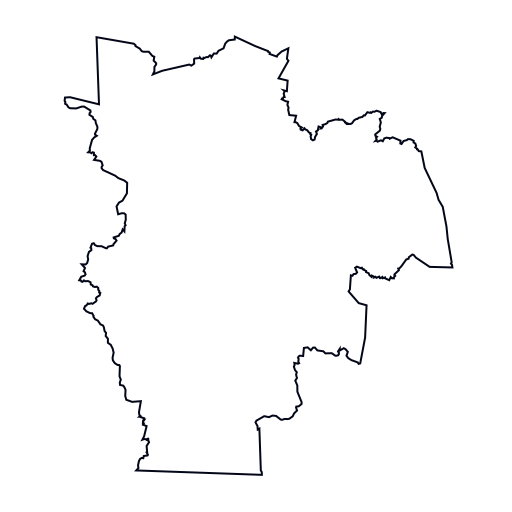 Sain Alto, Zacatecas, Mexico (Natural Earth projection), rotated 92°
{"feature_id": "50627088B33954526320841", "entity_name": "Sain Alto", "entity_type": "district", "adm_level": 2, "iso_a3": "MEX", "parent_name": "Mexico", "parent_adm1": "Zacatecas", "projection": "natural_earth1", "projection_center": [-103.264, 23.581], "detail": "fine", "context": "isolated", "style": "outline", "palette": "ink", "viewbox_px": 512, "rotation_deg": 92, "n_neighbors": 0, "source": "geoboundaries", "source_scale": "gbopen_adm2", "svg_char_len": 6080}
<svg xmlns="http://www.w3.org/2000/svg" viewBox="0 0 512 512"><g transform="rotate(92 256 256)"><path d="M42.9,423.0L109.9,418.2L103.8,447.4L104.3,452.4L107.6,452.7L108.8,451.9L110.5,452.1L111.4,450.4L114.0,448.6L114.8,446.9L114.8,440.9L112.8,435.4L112.7,432.9L116.3,426.6L117.8,426.3L119.1,427.3L120.7,427.4L122.8,423.9L124.6,423.4L126.1,421.2L128.8,420.7L132.4,419.0L134.6,419.0L139.4,421.2L140.3,421.1L141.4,419.3L143.2,421.9L145.7,423.9L154.1,425.9L156.4,425.7L158.2,427.3L158.3,425.2L159.0,424.0L158.0,423.0L158.4,421.6L160.9,421.5L160.8,420.3L162.2,419.0L165.6,421.2L166.3,415.6L167.1,413.8L170.7,412.4L172.5,413.4L173.7,413.3L175.5,411.8L180.6,399.6L183.0,396.2L185.1,390.4L187.3,387.3L197.9,387.2L205.4,391.4L207.4,394.8L211.3,397.1L219.1,395.2L217.9,391.5L218.0,389.1L219.2,387.7L224.3,387.4L227.9,388.3L229.8,387.4L230.8,388.3L236.0,388.4L234.1,390.2L237.2,391.1L238.9,393.1L240.6,393.8L242.4,398.9L243.3,398.7L243.9,397.0L245.5,395.9L249.1,398.8L250.4,399.1L251.8,404.1L253.5,405.3L253.5,406.2L251.6,410.7L251.7,415.0L250.7,417.3L248.9,418.6L249.5,420.3L253.5,421.7L254.0,420.9L256.0,420.8L257.7,423.1L262.0,424.3L265.3,423.6L268.9,424.5L270.4,426.0L270.4,429.9L273.9,426.5L277.3,427.8L278.1,426.5L280.2,425.7L281.6,426.6L282.8,429.9L286.4,431.8L286.6,430.1L287.6,429.6L287.9,428.5L286.4,427.1L287.2,425.9L286.9,423.0L288.0,420.5L290.3,420.1L290.9,418.4L292.0,417.9L292.6,415.9L292.2,414.1L293.5,412.5L295.2,412.5L296.6,411.3L297.9,411.5L298.4,410.3L300.9,410.9L302.7,413.7L303.9,414.5L305.9,413.8L307.0,414.4L309.5,417.7L309.0,418.9L309.8,421.4L309.3,422.4L311.4,423.8L311.8,424.9L314.7,426.1L317.2,423.6L318.9,419.8L318.9,417.8L321.5,416.2L322.4,416.4L324.8,414.6L326.1,411.8L329.7,409.1L330.8,406.5L332.4,405.6L336.3,404.7L338.0,403.2L341.2,403.4L343.9,401.1L347.9,401.0L349.9,398.0L353.6,396.0L357.6,394.9L362.7,395.8L365.3,395.4L368.0,393.4L369.7,390.6L369.8,388.8L370.7,388.2L381.0,388.2L384.3,386.8L387.2,387.7L389.6,387.4L390.2,384.1L392.2,382.7L394.4,381.7L400.5,381.8L404.2,380.6L406.1,374.7L405.1,366.0L416.2,367.5L418.7,367.1L419.8,366.1L420.6,366.9L420.5,365.6L421.1,365.6L422.0,362.2L423.3,362.5L423.3,361.7L424.5,362.4L424.6,363.1L427.2,363.2L427.3,362.3L428.6,363.0L429.8,359.4L440.0,361.5L443.5,363.1L442.8,361.4L443.0,359.2L442.0,356.7L443.8,358.3L444.3,357.1L445.8,356.4L449.7,358.7L456.1,357.9L456.2,358.4L458.4,357.1L459.1,357.4L459.8,361.2L462.0,361.6L461.8,363.2L462.9,364.8L464.9,365.8L469.3,366.6L472.1,366.1L474.5,368.2L474.5,242.5L471.8,242.7L470.2,243.7L428.4,246.6L429.4,248.2L425.8,248.6L422.3,250.7L420.5,249.8L415.8,242.2L416.6,237.4L414.9,234.0L415.1,230.4L418.6,225.6L418.8,224.3L417.8,221.5L417.9,218.6L417.4,216.9L414.9,213.7L411.9,212.4L409.0,209.6L406.0,210.7L405.1,210.5L404.7,208.0L402.3,205.3L400.5,205.3L390.2,209.9L383.9,210.2L379.2,212.4L376.5,210.8L373.3,211.8L370.7,211.2L368.7,213.0L365.3,214.3L363.6,213.6L361.5,214.0L362.2,210.2L361.6,209.2L360.4,210.0L357.2,209.8L356.2,210.5L354.8,209.8L354.1,208.7L354.3,205.4L346.2,204.9L345.5,201.2L348.3,197.9L345.6,195.8L345.4,194.0L348.2,191.4L348.9,185.3L350.9,183.3L350.5,176.9L352.9,173.2L352.9,172.2L352.3,170.4L351.6,169.9L350.0,169.7L348.5,170.7L345.9,169.1L347.6,169.1L345.1,165.1L345.9,163.4L348.6,160.9L352.5,162.1L354.8,160.3L356.7,157.1L358.8,150.6L360.2,149.7L359.7,148.1L333.7,144.1L301.4,143.8L299.5,151.7L288.2,162.2L286.1,161.0L272.0,160.5L272.4,158.9L270.7,157.9L270.3,155.6L268.9,154.4L264.3,156.5L263.1,154.8L264.5,151.0L264.0,149.8L265.5,149.0L265.4,147.9L266.1,147.7L267.0,145.5L268.2,145.5L269.3,142.8L271.1,142.0L272.9,139.7L271.6,139.5L272.6,137.2L273.3,137.2L272.6,135.8L273.6,134.9L272.3,132.2L273.8,131.4L273.8,130.8L272.6,129.0L273.8,128.6L273.0,126.4L273.7,126.4L275.5,122.0L272.3,120.6L273.6,119.3L273.5,117.5L272.8,117.7L271.0,116.2L270.1,117.1L269.4,116.9L265.2,112.7L263.6,113.4L263.4,112.3L261.1,110.3L254.2,105.7L253.4,103.4L251.9,103.2L249.1,99.8L249.4,98.5L252.0,96.2L260.8,82.1L260.6,59.3L258.0,59.8L256.8,60.9L255.6,60.2L232.2,65.0L219.8,66.7L200.3,71.1L193.5,75.5L186.7,77.7L162.1,90.5L145.7,94.4L145.5,97.0L144.0,97.9L143.8,98.8L143.1,98.8L141.9,100.6L140.4,99.8L138.0,100.7L137.0,102.5L135.4,102.4L133.9,105.7L133.9,108.2L134.9,109.3L135.9,112.5L139.0,114.5L138.5,115.7L135.7,115.6L132.6,123.6L134.1,126.5L133.5,126.8L133.2,129.8L134.0,131.9L136.9,133.3L136.0,135.1L137.5,138.5L136.5,139.6L136.8,140.6L135.4,139.5L133.7,140.2L132.6,139.2L131.7,140.9L130.3,141.1L126.4,136.6L124.5,136.2L122.5,136.9L118.1,135.9L114.7,137.1L113.5,135.2L111.5,134.8L108.7,132.5L108.7,133.8L110.2,135.2L107.8,136.5L106.6,140.6L107.7,142.7L107.6,144.2L109.0,145.9L108.4,146.6L108.9,147.4L108.4,149.7L111.8,152.1L111.7,153.3L113.3,154.5L114.3,158.2L115.5,159.4L115.5,160.4L117.0,162.7L120.0,164.7L120.7,166.0L121.0,169.8L120.6,170.2L120.2,169.4L119.4,171.7L118.8,171.6L116.7,174.4L117.0,178.0L116.3,178.3L116.9,179.0L116.8,181.2L119.2,188.8L120.6,189.4L121.7,191.0L122.7,194.0L124.1,193.5L126.2,194.9L126.3,195.6L125.3,194.9L124.4,198.0L128.3,198.6L129.5,200.4L131.9,199.4L134.9,201.1L137.6,201.5L138.4,203.2L137.3,205.0L134.4,205.6L132.9,205.0L132.1,206.1L131.3,205.8L130.6,207.5L128.4,209.3L127.8,211.1L126.7,212.0L128.8,213.8L128.1,215.8L127.0,216.0L126.0,214.7L124.6,217.5L121.7,219.4L121.0,220.7L120.9,222.2L114.4,220.8L114.0,227.6L108.6,229.0L106.7,228.6L103.9,229.9L100.7,229.3L100.2,231.9L98.4,235.8L97.6,235.3L97.8,234.7L96.1,233.9L96.1,233.0L92.8,234.0L90.4,233.1L89.5,234.1L90.2,230.9L79.6,230.5L77.7,239.7L59.8,230.4L57.8,232.0L47.3,230.9L50.8,237.6L54.5,241.5L56.0,242.1L53.6,249.5L52.2,249.3L51.5,251.0L50.8,251.1L46.2,264.2L37.5,284.8L40.4,284.8L41.3,290.5L42.5,292.2L44.7,294.1L49.6,295.7L52.2,300.6L55.1,302.4L55.1,305.2L59.0,307.5L57.4,308.1L57.0,309.0L59.0,311.0L58.9,312.5L60.2,315.0L59.9,315.4L60.9,315.7L60.7,318.2L59.4,319.1L60.1,319.4L60.8,324.2L61.5,324.8L65.9,324.5L68.0,327.3L67.0,329.4L74.1,356.0L78.1,365.4L75.0,364.0L70.5,364.1L68.1,362.5L66.8,362.5L64.3,365.1L60.4,364.6L59.7,366.5L55.6,370.3L55.8,375.6L55.3,377.3L52.8,379.4L50.4,383.8L49.5,383.8L48.1,385.5L42.9,423.0Z" fill="none" stroke="#020617" stroke-width="2"/></g></svg>